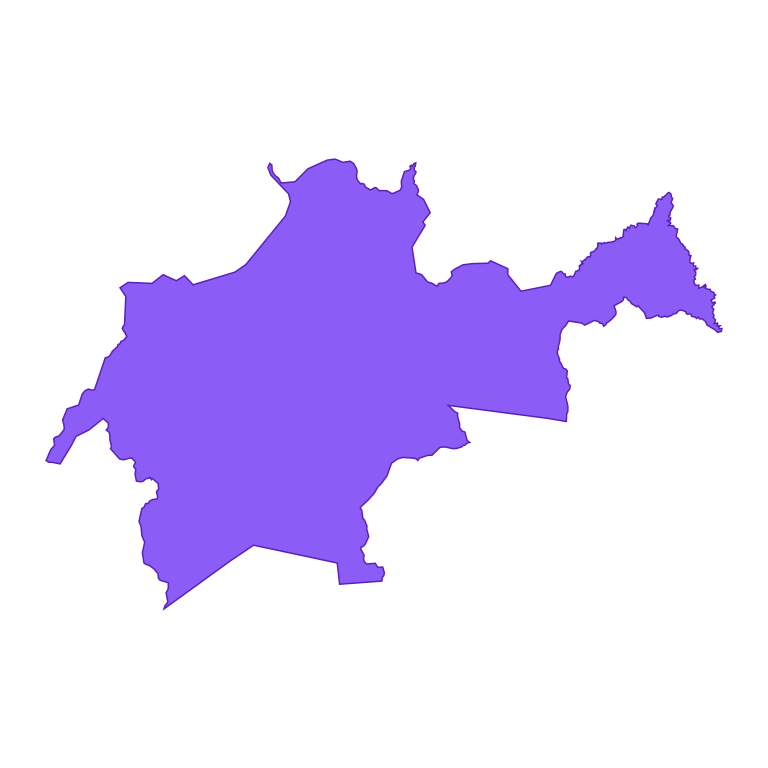 the district of Adansi Asokwa, Ashanti, Ghana
{"feature_id": "2480657B45906044715427", "entity_name": "Adansi Asokwa", "entity_type": "district", "adm_level": 2, "iso_a3": "GHA", "parent_name": "Ghana", "parent_adm1": "Ashanti", "projection": "mercator", "projection_center": [-1.382, 6.167], "detail": "fine", "context": "isolated", "style": "filled", "palette": "violet", "viewbox_px": 768, "rotation_deg": 0, "n_neighbors": 0, "source": "geoboundaries", "source_scale": "gbopen_adm2", "svg_char_len": 6110}
<svg xmlns="http://www.w3.org/2000/svg" viewBox="0 0 768 768"><path d="M662.3,197.0L661.9,199.4L658.4,199.0L656.1,203.1L655.9,204.0L657.3,205.3L655.5,208.3L654.8,208.1L654.9,209.8L654.1,210.4L654.6,211.6L653.8,212.1L653.2,215.2L650.7,218.1L648.1,224.9L647.2,223.8L638.3,223.1L637.0,224.1L637.5,225.4L635.9,227.5L634.7,227.5L634.3,226.0L630.8,225.2L629.3,228.2L627.8,227.0L626.1,230.5L624.9,229.3L623.8,229.7L623.1,235.4L623.7,236.1L621.5,238.1L620.6,237.6L617.3,239.3L615.7,237.7L615.6,240.4L614.6,241.2L609.2,242.5L608.3,242.2L605.0,243.3L604.3,242.6L601.5,244.1L601.3,243.2L598.2,243.0L597.5,243.5L598.0,245.1L596.9,248.6L596.2,248.6L594.2,251.3L591.6,252.0L590.4,253.1L590.7,254.9L590.0,257.0L588.7,256.6L587.1,257.2L585.2,260.0L584.6,259.7L582.4,261.7L581.4,261.4L583.0,263.6L581.8,263.6L581.9,264.5L580.8,264.5L580.4,265.4L579.4,265.6L579.5,270.1L577.8,270.4L577.3,271.3L575.8,271.3L574.0,275.7L572.3,277.0L570.5,276.1L568.3,277.0L566.3,277.0L565.1,275.5L565.4,274.1L563.6,273.8L561.6,271.6L560.5,271.4L556.4,273.3L550.5,285.3L521.0,291.2L507.8,274.7L507.8,268.7L490.6,260.8L488.1,263.2L472.8,263.6L463.0,264.8L455.3,268.8L451.2,271.9L452.2,275.2L450.8,277.9L446.7,281.9L442.9,283.2L439.6,283.2L438.1,284.1L438.2,285.4L437.1,286.3L431.9,283.2L427.6,282.0L421.5,274.5L416.0,272.9L412.0,247.1L425.2,225.3L422.8,222.0L430.2,212.8L423.6,199.4L417.0,194.8L418.4,191.3L418.2,189.3L416.5,185.6L413.8,183.6L414.4,181.0L413.2,179.1L414.1,175.7L415.9,172.9L415.9,171.6L414.3,170.4L414.2,167.6L415.3,166.1L415.8,162.9L413.9,163.5L412.4,166.2L411.5,165.2L410.2,166.0L409.9,166.7L410.8,168.1L409.5,170.1L404.5,171.6L401.3,181.1L401.6,187.5L400.0,190.3L392.9,193.5L391.2,193.2L386.8,190.7L379.2,190.6L376.0,187.6L374.8,187.6L370.5,190.0L365.5,187.0L364.2,184.2L362.2,183.4L360.9,184.0L357.9,180.8L356.9,178.8L356.5,175.9L357.1,171.1L356.4,168.5L353.6,163.5L350.2,161.2L343.0,162.3L335.1,159.1L327.2,160.1L307.9,168.8L295.0,181.8L283.3,182.8L281.0,182.9L278.6,178.2L275.3,175.7L273.4,173.2L272.2,170.7L271.8,164.9L269.7,163.4L267.9,167.6L270.9,175.2L288.6,193.9L290.5,201.8L285.3,216.2L245.8,264.6L235.0,272.1L193.1,284.8L184.5,275.7L176.3,280.7L163.1,274.7L152.0,283.4L128.0,282.4L120.0,287.8L125.8,296.4L124.5,324.9L123.0,326.5L122.3,328.4L123.9,331.6L125.4,332.6L125.2,333.6L126.9,336.4L123.6,340.4L120.9,341.5L120.0,343.8L118.1,344.5L117.2,346.9L112.4,351.3L109.8,355.8L107.5,357.3L105.3,357.7L94.6,389.5L92.2,390.2L88.4,389.1L85.0,390.7L82.2,394.1L78.7,405.0L67.2,408.8L62.6,420.0L64.0,425.3L64.2,429.4L59.2,435.8L55.2,437.3L53.7,438.8L54.5,445.4L50.7,449.7L46.1,460.6L48.8,462.3L51.5,462.2L60.1,463.9L71.3,445.6L76.0,436.4L88.9,430.0L103.1,418.5L108.4,423.2L108.3,427.5L106.2,430.1L109.0,432.1L109.8,434.8L109.9,439.8L111.5,446.7L110.5,448.7L119.6,459.0L123.8,459.8L129.7,458.1L131.8,458.2L135.0,461.5L135.5,462.8L134.1,464.8L133.7,466.8L135.8,469.5L135.0,473.9L136.4,481.1L140.7,481.8L143.1,481.2L145.9,478.8L149.2,478.1L150.0,477.3L151.5,479.6L152.2,478.4L158.1,483.4L158.7,488.8L156.5,491.6L157.6,497.0L157.1,498.9L152.3,499.6L149.5,501.2L148.1,503.5L145.6,503.6L144.1,507.1L141.8,508.6L139.0,521.6L141.0,526.4L141.9,535.7L144.7,542.3L142.4,552.5L143.9,562.8L145.2,564.0L149.5,565.6L154.0,568.9L158.0,573.8L158.4,578.0L160.0,580.2L168.4,582.8L168.2,588.9L166.1,592.8L167.8,602.0L164.9,605.9L164.0,608.9L230.7,560.6L253.6,545.2L337.2,563.0L339.6,584.2L381.9,581.1L382.2,577.6L383.7,575.8L384.4,572.9L382.7,567.0L377.9,567.4L375.2,563.3L366.7,564.0L364.3,561.6L363.6,558.7L364.1,555.2L360.8,549.1L360.8,547.4L363.2,546.3L365.1,544.3L368.7,536.7L366.7,529.0L366.9,525.8L364.5,520.1L362.8,518.2L361.8,510.6L360.2,507.4L368.0,500.2L374.2,493.3L377.9,486.9L381.4,483.5L386.9,476.0L391.5,463.2L397.5,459.0L402.6,457.4L412.4,458.1L416.0,458.7L417.8,460.5L419.4,458.2L427.2,455.5L432.0,455.2L440.2,447.2L445.3,447.0L453.2,448.7L456.9,448.4L461.8,446.8L462.9,445.5L465.4,444.9L467.0,443.0L469.7,442.5L467.2,440.5L464.8,432.0L461.9,430.9L459.6,427.6L459.6,423.8L457.4,415.6L457.8,413.3L454.8,411.7L448.3,405.4L547.9,418.4L566.3,421.5L566.7,413.7L567.8,411.8L567.9,406.4L565.6,396.5L567.3,391.9L569.6,389.3L570.3,385.8L568.6,384.0L567.7,378.5L566.5,377.7L567.3,370.9L565.7,369.0L563.9,368.6L562.4,366.7L561.1,363.3L559.5,361.3L559.5,359.0L557.5,354.1L557.3,350.7L558.5,349.3L558.3,346.8L560.0,339.8L560.1,334.6L561.9,329.5L565.7,325.6L568.5,321.0L581.8,323.1L584.7,325.1L594.5,320.4L598.8,321.8L599.8,323.1L602.6,323.6L603.6,326.2L605.6,324.9L606.6,323.1L610.5,320.3L614.5,316.2L615.9,314.0L616.0,311.7L614.1,305.7L621.7,301.6L623.5,299.7L623.6,297.3L626.3,297.5L628.1,300.0L630.1,301.2L631.4,303.5L636.7,306.8L638.0,305.8L644.6,312.9L646.4,318.3L651.0,318.0L657.6,315.2L658.4,315.3L658.9,316.5L661.5,317.2L665.0,316.2L667.2,317.0L671.4,315.5L673.0,314.1L676.5,313.3L678.2,311.0L679.9,310.2L682.4,310.4L685.9,311.7L686.2,313.6L687.8,314.3L689.9,313.6L691.1,314.7L691.7,316.4L695.4,317.2L696.7,318.5L698.3,317.2L699.6,319.0L702.3,318.9L705.5,321.5L706.9,325.0L714.8,329.7L717.7,332.4L721.4,331.4L721.9,328.5L719.2,328.7L718.7,327.4L720.1,325.8L717.2,326.1L717.7,323.7L717.3,323.0L714.3,323.9L715.5,320.0L713.2,317.2L714.0,315.7L712.5,312.1L713.8,309.4L711.8,306.9L715.4,302.9L714.7,302.0L712.4,303.0L711.1,300.0L714.6,298.2L714.2,296.3L715.5,295.0L714.5,294.8L713.9,292.6L710.7,291.2L710.2,289.4L707.0,289.1L703.7,287.0L704.6,286.3L706.1,286.5L705.4,284.5L701.3,287.5L698.7,288.2L699.0,285.2L695.5,285.2L694.2,283.0L693.8,280.0L695.4,279.2L694.4,276.4L695.7,275.0L695.7,271.8L693.9,269.9L694.5,269.4L696.4,269.6L697.6,268.4L695.8,268.0L695.6,266.0L693.9,266.2L693.1,265.5L693.7,263.0L690.9,263.2L690.1,262.6L689.8,260.4L690.9,255.6L689.0,255.4L688.9,252.0L688.2,250.9L685.0,248.6L685.0,247.0L683.5,246.1L682.6,244.1L680.9,243.5L678.8,239.1L676.1,236.7L677.7,229.0L675.5,228.6L673.1,225.6L668.3,225.6L670.7,223.2L670.6,222.5L667.6,221.2L667.4,220.6L668.3,220.0L669.9,220.5L670.7,218.8L670.6,217.7L668.7,216.8L668.5,215.8L670.0,215.0L670.1,212.3L673.1,206.9L673.3,206.0L671.1,202.3L672.7,198.7L671.4,196.9L671.0,194.1L669.4,192.6L668.5,192.5L663.8,197.0L662.3,197.0Z" fill="#8b5cf6" stroke="#5b21b6" stroke-width="1.5"/></svg>